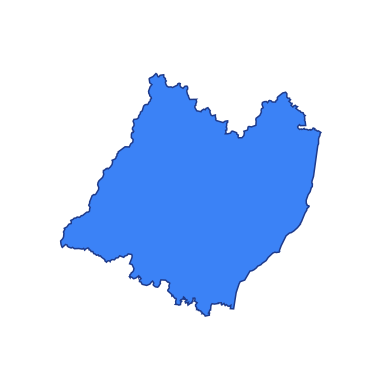 Hurunui District, Canterbury, New Zealand, rotated 344°
{"feature_id": "76426892B32484543258144", "entity_name": "Hurunui District", "entity_type": "district", "adm_level": 2, "iso_a3": "NZL", "parent_name": "New Zealand", "parent_adm1": "Canterbury", "projection": "robinson", "projection_center": [172.736, -42.667], "detail": "fine", "context": "isolated", "style": "filled", "palette": "blue", "viewbox_px": 384, "rotation_deg": 344, "n_neighbors": 0, "source": "geoboundaries", "source_scale": "gbopen_adm2", "svg_char_len": 6050}
<svg xmlns="http://www.w3.org/2000/svg" viewBox="0 0 384 384"><g transform="rotate(344 192 192)"><path d="M154.9,107.7L155.1,110.4L154.5,112.3L152.6,113.8L152.0,115.1L152.4,116.4L152.2,117.2L152.7,117.6L151.9,118.5L150.7,118.4L149.7,119.6L148.7,123.0L149.9,125.3L148.8,127.8L146.3,128.9L144.2,131.4L140.1,130.1L132.1,133.1L131.7,134.2L130.4,134.8L129.8,136.6L128.9,137.1L128.2,138.4L127.0,139.1L123.9,139.5L124.1,140.9L122.8,143.5L120.3,145.5L118.0,146.6L117.3,145.9L116.5,146.3L116.1,145.8L113.7,147.0L112.8,146.9L112.1,148.8L112.1,150.4L111.3,151.8L110.1,153.3L105.8,155.5L104.3,157.0L103.3,159.1L103.6,161.9L102.9,163.8L99.0,167.5L97.9,167.9L97.0,167.4L95.0,168.0L90.8,173.4L90.6,174.5L89.1,176.2L89.8,178.9L89.0,179.8L88.2,182.1L86.9,182.7L85.1,182.4L80.2,184.5L79.1,184.2L77.0,185.4L74.7,184.4L73.3,185.0L71.5,184.7L70.2,185.5L67.6,185.9L67.8,187.3L67.2,189.0L64.8,189.0L62.1,191.1L59.2,191.7L59.5,192.8L57.4,195.0L57.5,196.4L56.1,199.9L54.8,201.3L52.2,202.9L51.7,206.0L51.8,208.8L52.1,209.5L56.1,207.6L57.4,208.7L57.3,209.8L58.3,211.0L60.4,212.5L61.9,212.3L63.4,214.1L67.6,215.1L70.7,216.6L72.3,216.4L72.8,218.3L74.3,217.4L76.6,217.1L77.3,217.9L77.1,219.2L78.4,220.0L78.6,221.5L80.2,221.9L80.6,224.2L81.6,224.7L82.8,226.5L84.5,226.6L85.0,228.0L86.5,228.2L86.9,229.5L89.5,232.9L89.4,234.4L90.5,235.9L91.4,235.2L92.9,235.1L93.8,235.5L94.1,236.3L94.6,235.6L96.4,234.9L98.8,235.8L100.7,234.5L102.8,234.8L104.9,233.4L108.4,236.0L109.6,235.1L112.2,234.9L113.6,233.9L116.8,235.4L116.9,236.9L116.1,238.7L112.2,243.8L114.4,245.2L115.1,249.6L114.1,251.5L112.7,252.6L111.4,252.9L110.9,253.7L109.6,254.4L109.1,255.5L109.4,256.0L108.5,256.1L108.9,257.3L109.2,256.7L109.7,256.7L111.0,257.7L111.8,259.2L112.4,259.3L114.4,259.2L117.4,258.0L117.3,259.2L117.7,258.6L117.9,259.4L118.4,259.0L119.2,261.3L117.4,262.1L116.8,263.6L118.2,264.5L118.5,266.7L119.0,267.2L122.7,269.3L126.2,268.9L128.2,267.3L129.6,266.8L130.2,269.0L129.2,270.3L129.2,271.0L130.6,273.0L132.6,274.0L133.7,273.7L136.5,271.1L136.5,269.9L137.9,267.9L142.4,269.5L143.8,271.9L144.5,272.1L145.5,273.5L143.8,276.0L144.0,277.1L143.5,278.1L141.6,279.7L141.6,280.6L144.2,284.7L144.0,286.5L145.1,286.1L145.2,287.1L146.3,289.6L147.2,289.8L147.4,290.6L146.1,292.7L145.7,294.9L145.0,295.4L147.3,296.3L148.2,297.1L149.9,297.1L150.6,295.2L152.0,294.2L150.8,293.3L151.4,292.6L154.0,292.2L154.9,290.6L155.6,291.4L154.5,292.6L154.7,293.0L156.0,292.9L155.9,293.4L157.4,294.3L157.2,294.8L155.2,295.3L155.2,296.9L158.1,297.0L157.2,298.1L157.0,299.6L159.6,298.6L161.2,298.6L161.3,298.0L162.5,297.6L162.2,297.2L163.3,296.1L163.7,294.4L165.4,294.7L165.5,295.4L164.5,297.6L166.4,299.9L164.3,301.4L164.0,302.8L164.6,304.4L164.3,305.0L164.6,305.7L164.1,306.3L165.8,306.9L165.5,307.6L167.6,308.7L167.7,309.8L168.4,310.3L168.5,311.1L168.0,311.7L169.1,311.9L170.3,313.7L170.5,314.9L174.7,315.2L175.1,313.7L174.6,313.1L175.4,313.0L175.0,312.4L176.6,310.4L177.3,310.6L178.9,306.3L180.5,304.9L182.6,305.9L186.6,306.4L186.7,305.9L189.6,306.5L189.2,308.4L189.5,308.8L192.0,307.9L192.6,310.3L194.0,309.7L195.1,311.6L196.4,312.1L198.1,311.6L196.7,314.7L199.8,315.8L206.7,300.9L211.9,293.3L213.6,291.5L218.4,291.2L225.9,284.0L228.1,284.2L230.2,283.8L232.9,282.7L234.7,281.4L238.2,280.9L239.8,279.9L244.3,278.4L247.2,275.9L252.8,273.0L255.1,272.7L256.2,273.4L259.2,273.8L259.9,273.3L259.9,272.3L263.0,268.1L270.4,260.0L274.3,258.3L276.2,258.4L279.2,257.5L283.5,255.4L287.5,252.6L287.4,252.2L289.1,250.6L294.6,243.6L297.3,241.1L297.8,239.8L300.5,238.3L300.5,237.4L299.7,237.2L298.9,236.1L299.1,235.5L298.7,234.6L299.5,231.4L302.9,226.6L305.6,224.3L307.9,220.7L309.1,220.0L310.0,217.3L309.7,216.4L310.4,214.5L313.1,210.5L325.7,182.0L326.9,180.6L328.3,175.8L329.6,173.8L330.3,173.3L331.3,171.1L332.3,170.3L330.4,168.1L329.2,168.0L328.7,167.0L327.3,166.1L327.0,165.6L327.5,164.9L326.1,163.9L324.8,165.0L325.0,165.3L324.5,165.0L323.2,165.3L322.8,164.5L320.9,164.6L319.9,163.6L317.5,162.7L317.3,161.8L315.6,162.2L314.7,162.1L314.4,161.5L312.6,161.5L311.4,159.3L311.6,158.2L313.9,156.9L314.5,158.1L319.6,159.4L320.2,155.5L319.9,153.8L320.5,153.2L320.9,150.3L321.9,149.8L320.8,148.4L320.7,146.5L318.6,145.3L318.3,144.0L317.1,143.3L314.9,140.2L316.9,139.0L315.7,138.3L315.3,137.2L313.9,137.2L312.4,138.1L311.1,135.9L312.3,135.2L312.6,134.5L312.0,134.4L310.2,131.5L312.1,130.5L311.5,129.7L311.6,128.7L310.1,128.3L309.3,126.9L310.3,123.7L309.5,121.9L306.5,121.8L301.0,124.1L300.1,124.7L299.6,126.7L298.0,127.3L297.1,128.5L294.4,127.8L293.6,127.2L293.4,126.4L291.9,125.4L291.0,125.5L289.3,127.0L288.4,125.5L286.4,125.1L284.4,125.4L283.4,127.2L283.7,130.6L281.7,131.2L281.0,132.4L280.7,134.3L278.4,137.0L273.9,138.8L273.2,140.3L273.3,141.3L271.8,145.5L267.1,145.8L264.8,144.7L263.8,145.0L262.8,147.3L262.0,147.8L258.6,147.9L258.7,149.4L257.4,152.1L255.0,153.6L251.6,152.7L251.5,151.6L252.2,150.0L251.1,148.8L251.2,147.3L247.9,144.7L246.7,144.6L245.3,146.0L242.3,145.9L240.1,145.2L241.1,144.2L241.3,142.0L242.5,142.0L243.1,140.2L242.8,139.0L243.6,137.8L244.2,135.6L245.6,134.7L245.9,133.4L243.3,133.1L241.0,133.8L235.2,130.1L234.7,129.1L235.2,128.0L235.2,126.2L235.7,124.4L232.4,124.3L231.5,123.3L231.2,119.8L231.9,119.0L230.5,115.3L228.6,115.5L227.4,116.6L226.2,115.6L223.5,116.4L222.8,117.3L218.9,115.2L218.0,111.3L218.5,110.1L219.6,109.7L219.9,108.3L221.0,107.1L221.4,106.2L221.3,104.3L221.7,104.1L215.3,102.4L214.9,99.5L215.1,98.4L214.6,97.2L214.7,94.0L215.1,92.7L216.2,91.9L216.7,90.0L216.3,88.8L214.4,88.4L211.9,89.9L210.0,87.8L209.8,86.0L210.6,84.6L209.6,83.9L208.2,84.1L207.5,85.2L202.0,86.2L200.9,85.2L198.4,84.7L197.1,83.3L196.6,81.2L196.7,79.0L197.9,78.2L197.3,76.7L197.7,75.5L196.6,73.9L197.1,71.5L193.6,71.0L191.8,72.2L191.0,71.7L190.7,69.1L190.0,68.2L186.3,70.3L182.7,70.9L182.0,71.4L181.5,75.4L183.1,77.7L180.8,79.3L178.0,83.2L177.7,85.5L178.1,86.6L177.9,87.9L178.9,89.8L178.7,91.0L177.6,91.4L177.0,92.9L175.4,93.8L174.0,95.4L173.1,95.7L172.1,95.2L170.6,95.3L169.2,96.1L166.5,100.3L164.5,101.0L163.9,102.4L161.6,104.3L161.2,105.8L159.0,106.7L156.2,106.2L154.9,107.7Z" fill="#3b82f6" stroke="#1e3a8a" stroke-width="1.5"/></g></svg>